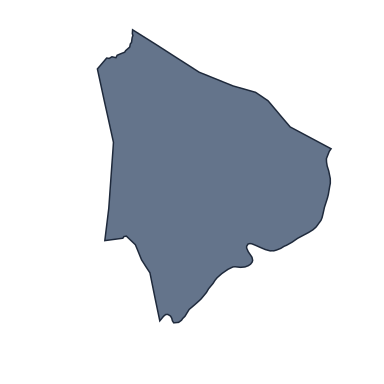 outline of Miguel Alves, Piauí, Brazil, rotated 200°
{"feature_id": "56859067B82587646151349", "entity_name": "Miguel Alves", "entity_type": "district", "adm_level": 2, "iso_a3": "BRA", "parent_name": "Brazil", "parent_adm1": "Piauí", "projection": "mercator", "projection_center": [-42.811, -4.205], "detail": "fine", "context": "isolated", "style": "filled", "palette": "slate", "viewbox_px": 384, "rotation_deg": 200, "n_neighbors": 0, "source": "geoboundaries", "source_scale": "gbopen_adm2", "svg_char_len": 1540}
<svg xmlns="http://www.w3.org/2000/svg" viewBox="0 0 384 384"><g transform="rotate(200 192 192)"><path d="M140.2,116.8L139.1,120.0L136.1,125.5L131.8,131.6L127.9,135.6L126.0,136.5L120.6,137.8L116.6,139.7L113.9,142.0L112.3,144.2L111.5,146.7L111.6,148.5L113.3,151.2L118.7,155.1L121.5,158.0L122.1,159.8L121.5,162.3L119.9,163.4L117.9,163.8L113.3,163.6L109.2,163.3L107.5,163.2L103.4,163.0L98.4,163.4L96.8,164.1L95.0,164.7L92.8,166.3L89.3,169.4L86.8,172.6L85.0,174.2L80.7,179.2L76.9,184.6L68.3,194.2L65.4,197.9L63.4,201.6L61.1,209.5L61.0,212.4L61.5,216.9L61.9,219.9L62.3,222.8L62.6,231.0L62.7,232.9L63.0,236.1L64.6,244.8L65.0,247.5L66.6,251.8L70.7,258.5L73.9,262.7L75.8,266.1L77.1,269.3L76.9,277.2L76.1,280.2L122.0,286.7L134.0,293.5L144.2,299.4L151.7,303.7L164.7,307.0L166.4,307.4L189.8,305.7L226.2,307.0L228.8,307.6L251.1,312.6L276.7,318.4L303.3,324.1L302.2,320.3L301.1,319.0L301.0,316.5L300.0,311.9L300.6,310.1L300.1,306.9L302.7,302.2L303.1,300.3L305.3,298.4L307.3,296.6L309.1,294.9L309.4,292.2L313.5,291.7L315.5,289.2L318.0,288.7L323.0,275.3L305.0,246.7L295.6,232.0L282.8,211.8L281.5,207.4L267.5,158.3L264.6,148.1L257.3,116.5L241.2,124.9L240.8,126.8L238.6,128.1L227.2,123.1L223.7,119.3L216.2,111.0L212.5,108.2L210.2,106.4L203.9,101.7L190.9,80.4L183.1,67.8L178.2,59.9L176.2,65.5L174.8,67.9L172.8,68.7L169.8,68.1L167.8,66.4L166.4,64.3L164.4,62.8L160.0,64.9L158.0,67.9L157.5,69.9L156.1,72.8L154.5,80.7L150.9,87.0L148.0,92.4L146.9,94.6L144.1,102.4L143.3,106.8L140.9,113.5L140.2,116.8Z" fill="#64748b" stroke="#1e293b" stroke-width="1.5"/></g></svg>